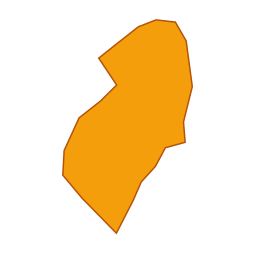 the district of Motides, Cyprus, rotated 80°
{"feature_id": "46923920B57620727838735", "entity_name": "Motides", "entity_type": "district", "adm_level": 2, "iso_a3": "CYP", "parent_name": "Cyprus", "parent_adm1": "", "projection": "albers", "projection_center": [33.21, 35.331], "detail": "fine", "context": "isolated", "style": "filled", "palette": "amber", "viewbox_px": 256, "rotation_deg": 80, "n_neighbors": 0, "source": "geoboundaries", "source_scale": "gbopen_adm2", "svg_char_len": 405}
<svg xmlns="http://www.w3.org/2000/svg" viewBox="0 0 256 256"><g transform="rotate(80 128 128)"><path d="M54.1,144.7L83.7,131.7L96.6,150.3L109.5,174.4L139.1,194.8L163.1,200.4L189.0,185.5L229.6,157.7L200.1,135.4L183.4,124.3L170.5,107.6L153.9,94.6L152.0,74.2L131.7,72.3L98.4,57.5L52.3,55.6L31.9,63.0L26.4,81.6L30.1,100.2L43.0,124.3L54.1,144.7Z" fill="#f59e0b" stroke="#b45309" stroke-width="1.5"/></g></svg>